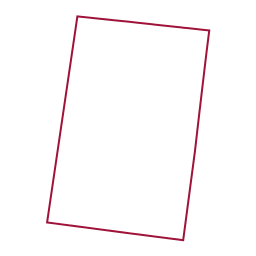 Newton, Missouri, United States of America, rotated 96°
{"feature_id": "52423323B17908579345359", "entity_name": "Newton", "entity_type": "district", "adm_level": 2, "iso_a3": "USA", "parent_name": "United States of America", "parent_adm1": "Missouri", "projection": "robinson", "projection_center": [-94.466, 36.902], "detail": "fine", "context": "isolated", "style": "outline", "palette": "rose", "viewbox_px": 256, "rotation_deg": 96, "n_neighbors": 0, "source": "geoboundaries", "source_scale": "gbopen_adm2", "svg_char_len": 486}
<svg xmlns="http://www.w3.org/2000/svg" viewBox="0 0 256 256"><g transform="rotate(96 128 128)"><path d="M233.8,61.4L144.5,59.0L102.8,58.6L99.1,58.5L95.0,58.5L89.0,58.4L87.7,58.4L42.7,57.8L38.2,57.7L22.5,57.4L22.5,64.8L22.4,79.2L22.5,83.9L22.4,85.1L22.4,85.8L22.4,106.1L22.4,107.8L22.4,111.9L22.3,115.5L22.3,117.1L22.3,123.8L22.3,130.4L22.2,138.2L22.3,153.1L22.3,190.0L230.4,198.6L232.6,114.5L232.7,107.9L233.2,88.0L233.8,61.4Z" fill="none" stroke="#9f1239" stroke-width="2"/></g></svg>